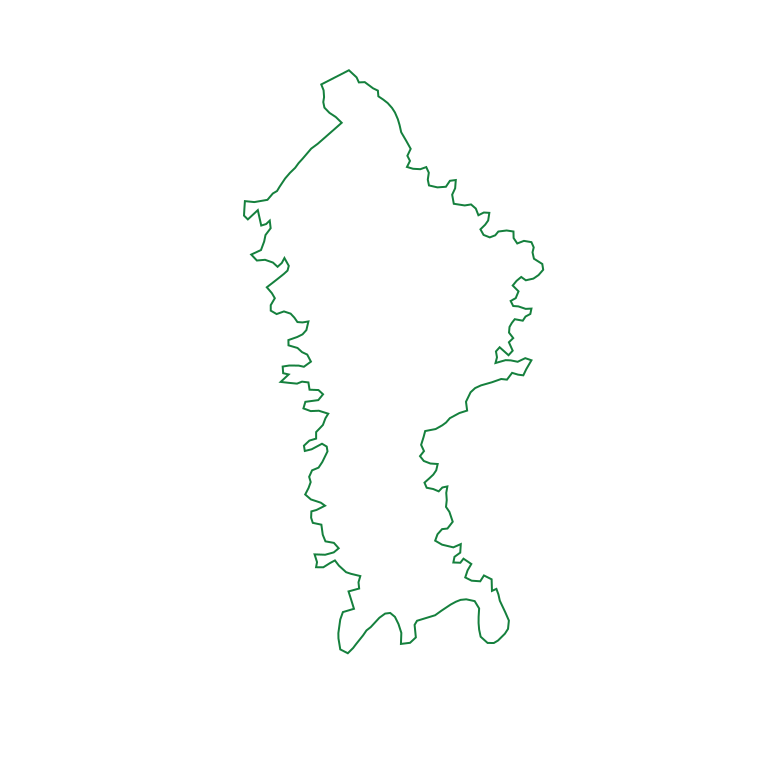 Braganey, Paraná, Brazil, rotated 140°
{"feature_id": "56859067B30256508562253", "entity_name": "Braganey", "entity_type": "district", "adm_level": 2, "iso_a3": "BRA", "parent_name": "Brazil", "parent_adm1": "Paraná", "projection": "mercator", "projection_center": [-53.08, -24.789], "detail": "fine", "context": "isolated", "style": "outline", "palette": "green", "viewbox_px": 768, "rotation_deg": 140, "n_neighbors": 0, "source": "geoboundaries", "source_scale": "gbopen_adm2", "svg_char_len": 4078}
<svg xmlns="http://www.w3.org/2000/svg" viewBox="0 0 768 768"><g transform="rotate(140 384 384)"><path d="M538.1,174.0L530.4,169.0L522.5,169.4L515.4,179.8L510.9,181.4L493.5,174.0L485.6,173.4L474.7,172.2L468.9,171.0L464.1,169.4L459.4,166.2L454.1,159.4L455.4,150.9L461.2,144.8L465.2,140.1L469.0,134.7L472.4,128.3L471.1,119.1L466.4,115.0L461.6,114.2L451.9,115.0L446.4,116.7L440.4,122.5L437.8,131.3L434.6,143.5L431.6,149.3L429.6,154.8L434.3,156.1L427.1,165.2L430.5,173.1L437.1,171.0L443.3,177.0L446.1,183.6L439.8,187.5L432.8,190.0L435.4,199.1L440.4,198.0L445.6,202.7L441.1,206.3L434.0,205.8L428.1,212.0L435.9,214.3L442.8,223.6L445.5,231.1L439.6,234.5L432.8,235.5L428.3,232.5L419.9,234.3L416.1,244.0L415.5,250.0L410.5,254.8L406.3,260.6L401.3,264.8L405.8,267.2L411.1,266.6L413.8,271.9L418.0,277.1L416.4,282.4L410.0,282.6L404.5,282.9L399.5,284.3L394.3,288.2L399.6,293.3L403.0,299.5L402.8,305.6L396.5,306.9L394.7,313.5L387.8,317.9L382.7,321.5L373.4,316.3L365.9,314.9L361.2,314.6L355.5,315.5L344.9,313.3L337.4,310.2L332.6,317.7L323.0,322.0L316.8,322.3L310.6,320.6L300.3,316.0L291.0,312.5L287.0,308.3L278.7,310.2L275.3,305.0L271.7,301.1L265.5,303.9L255.8,307.4L259.2,313.0L267.3,315.1L271.7,320.6L275.5,324.1L285.1,328.4L280.3,331.8L277.3,337.0L271.8,337.8L270.1,326.0L264.0,326.8L261.5,335.7L255.5,336.1L255.2,343.0L251.2,347.0L246.9,348.6L242.2,349.6L237.0,343.3L232.2,344.7L226.9,343.6L222.6,347.0L227.2,350.5L231.2,357.1L234.9,360.7L233.6,366.2L227.9,365.1L221.4,368.5L222.1,376.7L216.2,377.8L210.1,377.8L208.7,372.3L201.8,368.7L195.6,368.1L188.6,369.2L185.6,374.2L188.6,383.6L185.6,389.4L181.5,392.4L179.9,397.9L184.8,403.7L191.6,406.0L190.9,412.5L186.8,417.6L191.4,422.8L198.4,427.3L203.2,426.4L208.7,428.3L211.9,434.2L210.7,440.5L204.1,441.0L199.1,442.3L193.3,447.4L197.3,451.2L203.2,452.6L200.9,459.4L201.9,465.6L207.4,468.9L214.7,477.2L210.1,485.2L203.7,488.2L197.9,494.1L202.9,497.3L209.8,495.3L216.7,500.3L221.9,507.2L219.1,512.4L213.9,517.0L212.2,523.0L218.1,525.2L223.4,530.2L226.9,535.5L220.7,538.2L219.4,543.8L212.4,547.0L210.7,555.8L209.0,565.8L205.6,572.4L203.2,577.9L201.1,584.9L200.4,590.3L200.6,596.9L201.8,602.5L203.4,608.0L200.1,612.7L202.3,617.5L204.7,627.6L209.4,631.2L207.9,636.5L209.2,646.9L239.5,653.8L241.5,647.8L245.5,642.3L249.3,639.0L252.0,634.0L251.5,626.8L249.3,619.4L248.5,611.3L280.3,610.6L288.5,611.1L293.8,610.2L301.6,608.9L307.5,608.1L313.1,606.7L320.3,606.2L327.6,605.0L337.2,602.2L341.9,600.6L346.7,601.4L354.9,600.0L366.4,606.7L373.0,613.5L378.2,608.1L383.0,603.0L382.5,597.6L368.9,598.3L376.2,584.3L371.5,582.3L366.5,582.6L370.7,576.2L379.0,574.3L384.2,570.2L392.1,565.7L402.5,568.5L402.0,560.3L395.3,555.6L391.0,548.4L390.2,542.2L384.5,542.4L379.3,544.5L381.0,535.7L385.0,532.9L390.2,532.7L398.3,532.9L411.6,533.4L411.5,525.7L412.5,519.9L420.1,517.2L423.6,513.0L421.3,506.6L414.0,503.9L410.3,497.9L410.0,492.5L410.5,487.1L406.8,483.5L401.7,480.5L408.8,475.2L414.5,474.4L420.3,475.8L429.0,479.1L432.3,475.0L427.1,467.2L426.3,461.1L423.9,455.9L425.6,448.1L434.3,448.7L437.5,452.9L444.6,459.0L450.4,462.5L454.3,457.1L450.9,452.6L461.8,452.0L456.1,446.0L450.4,440.2L445.3,438.5L440.9,433.8L444.7,427.5L438.1,421.5L437.3,415.3L444.7,413.9L455.7,420.9L461.4,417.1L457.6,410.4L451.1,405.4L445.8,397.1L450.9,395.4L457.1,391.9L466.9,390.8L471.1,385.8L477.5,388.6L485.0,388.2L487.7,383.6L481.4,380.5L475.2,379.2L469.9,378.1L468.1,372.9L470.6,368.7L481.4,363.9L487.9,362.0L494.6,364.1L501.0,361.0L503.2,356.0L508.7,352.8L515.4,350.0L514.2,342.6L508.7,333.7L507.4,328.7L516.7,330.9L521.5,333.1L525.8,328.4L527.8,323.4L522.4,316.5L527.8,307.9L530.0,301.1L524.5,294.5L524.3,287.3L530.7,287.3L538.8,291.0L546.7,298.1L549.8,290.6L553.8,287.3L548.3,282.6L540.3,281.5L535.0,280.4L535.3,273.9L534.0,264.2L531.3,259.8L525.6,252.1L531.0,248.5L534.5,243.3L544.5,247.9L547.8,239.9L551.5,231.1L562.1,235.7L568.9,231.7L579.1,222.5L582.4,218.4L588.1,208.8L584.8,201.0L577.4,201.6L572.6,202.7L561.6,204.9L555.8,206.5L550.4,206.3L537.8,207.9L530.7,207.4L526.4,204.6L525.3,198.6L527.2,190.8L530.7,182.2L538.1,174.0Z" fill="none" stroke="#15803d" stroke-width="2"/></g></svg>